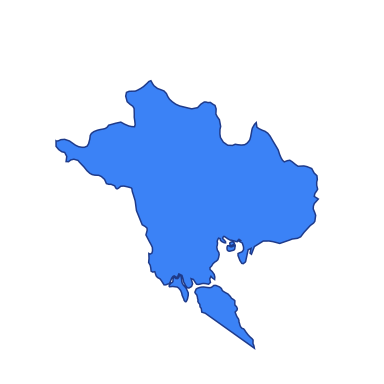 outline of Kalabakan, Sabah, Malaysia, rotated 35°
{"feature_id": "92858781B64999201183352", "entity_name": "Kalabakan", "entity_type": "district", "adm_level": 2, "iso_a3": "MYS", "parent_name": "Malaysia", "parent_adm1": "Sabah", "projection": "orthographic", "projection_center": [117.507, 4.476], "detail": "fine", "context": "isolated", "style": "filled", "palette": "blue", "viewbox_px": 384, "rotation_deg": 35, "n_neighbors": 0, "source": "geoboundaries", "source_scale": "gbopen_adm2", "svg_char_len": 5600}
<svg xmlns="http://www.w3.org/2000/svg" viewBox="0 0 384 384"><g transform="rotate(35 192 192)"><path d="M51.3,228.1L54.5,232.6L58.5,233.7L62.3,233.7L65.0,232.6L69.0,234.7L71.4,239.3L73.5,238.0L74.3,235.3L76.4,232.9L80.5,231.5L82.6,232.1L85.0,232.6L89.0,233.4L93.8,234.8L97.6,235.3L100.2,235.0L102.6,234.0L106.1,231.8L108.8,231.3L113.1,231.8L117.1,234.2L119.5,233.4L121.3,232.1L125.1,231.3L127.2,232.4L128.3,232.6L129.1,232.1L129.6,231.0L130.4,228.1L132.8,226.2L136.6,224.6L139.5,223.6L140.6,223.6L143.0,226.0L145.4,227.8L150.5,231.8L157.2,239.1L170.0,247.4L173.5,247.1L175.9,247.4L177.2,249.0L177.9,250.9L178.9,253.6L185.4,257.0L188.7,258.6L191.3,260.1L193.5,263.0L194.2,265.1L193.3,266.9L191.9,267.1L193.1,268.7L194.9,271.1L196.9,274.6L199.8,276.0L202.0,278.1L203.9,280.3L205.8,280.1L207.2,278.6L210.8,281.3L212.8,281.8L215.6,281.5L217.8,282.2L222.4,284.1L223.9,283.0L224.6,281.7L225.8,280.5L225.8,278.4L224.8,274.3L224.8,272.2L225.5,270.9L228.2,270.7L229.1,270.0L228.6,268.7L228.2,266.6L231.6,266.1L235.1,268.8L236.6,270.4L238.7,271.4L240.5,272.4L243.1,273.1L244.6,272.4L245.8,269.7L245.2,266.9L241.0,263.5L243.3,262.8L245.8,263.9L248.6,264.9L250.1,264.2L251.5,262.8L252.7,261.3L253.9,260.3L255.8,259.2L258.5,258.0L259.0,255.5L256.4,253.1L255.9,250.2L257.8,250.7L260.7,250.7L259.5,248.6L257.5,246.8L254.2,245.6L251.3,245.2L250.1,243.7L250.5,241.5L250.3,238.9L250.8,236.5L251.6,234.6L252.0,232.6L251.3,230.2L250.1,227.6L248.7,226.2L246.0,225.0L243.8,222.8L243.1,220.8L242.1,219.0L241.2,218.4L240.5,216.8L240.2,214.6L241.7,214.1L243.1,215.3L245.0,215.5L247.5,215.1L248.7,214.4L247.9,213.4L245.8,212.9L243.8,212.5L243.3,211.4L243.6,210.0L245.1,209.8L247.0,209.8L248.2,209.8L251.0,209.5L251.6,209.0L257.5,206.9L257.3,205.7L257.6,203.8L259.5,203.8L258.5,205.4L261.4,205.0L262.6,205.0L263.8,206.0L264.8,206.7L265.8,207.6L267.2,209.5L267.4,210.8L267.2,212.5L265.8,214.6L265.0,216.0L266.2,217.7L267.7,218.7L270.5,220.6L273.7,221.9L275.1,221.3L275.8,219.0L275.8,218.2L271.1,207.1L272.7,204.3L274.6,208.8L276.4,208.9L274.4,200.9L278.5,191.3L283.3,187.9L286.9,186.2L289.6,185.2L293.4,183.8L299.2,175.8L301.1,173.0L305.0,169.4L306.7,166.4L306.9,160.9L308.1,151.6L309.3,148.0L309.4,147.5L309.4,145.5L306.7,140.2L304.1,138.3L301.0,136.3L299.5,133.9L298.8,131.3L299.5,125.3L294.7,125.5L293.5,122.8L293.5,119.5L293.3,117.6L290.4,115.1L288.4,112.3L287.5,109.9L285.0,107.0L281.2,106.4L278.8,105.2L276.6,104.1L271.5,105.3L268.7,106.5L264.1,110.1L260.9,110.1L256.6,109.8L253.9,109.9L252.1,111.7L250.3,114.4L247.9,114.1L245.3,112.9L242.4,111.1L238.6,108.2L236.1,107.0L229.6,104.1L226.8,102.8L223.8,101.4L220.3,100.4L216.9,100.4L214.2,101.1L210.6,101.7L208.0,101.7L204.8,98.3L204.4,100.7L204.8,105.0L205.5,106.9L207.0,110.1L208.4,113.2L209.4,116.1L209.4,118.2L209.1,120.6L208.0,123.1L205.6,125.2L202.6,126.9L200.0,128.1L198.5,130.6L194.5,133.2L189.1,133.2L184.1,131.1L181.5,128.4L179.0,124.7L177.9,121.9L173.0,117.1L169.4,115.8L166.8,114.4L165.5,112.3L164.1,110.1L161.2,107.9L159.0,108.1L155.6,108.1L153.8,109.6L151.8,110.3L150.4,111.3L148.9,114.9L148.2,119.7L144.1,124.0L141.0,125.3L132.5,128.6L128.4,129.4L123.9,129.4L120.3,128.9L117.4,127.7L114.5,126.0L111.1,125.3L107.3,126.2L104.4,127.0L100.0,126.8L97.8,126.0L94.5,124.4L93.3,126.2L92.8,129.1L91.8,133.5L90.6,136.6L89.0,139.8L87.7,141.9L82.7,145.6L81.2,148.0L82.7,151.5L87.1,155.2L90.9,155.7L94.3,155.7L96.7,156.8L100.1,161.4L101.8,163.9L104.7,167.0L106.8,169.4L107.5,171.5L105.1,173.0L102.3,174.2L97.9,175.1L93.6,175.6L90.0,179.5L85.4,185.1L85.4,187.4L84.6,189.6L83.2,191.3L80.6,193.9L78.9,195.9L77.0,198.8L76.0,201.7L76.2,204.0L77.9,207.2L79.6,211.8L79.8,214.6L78.2,217.1L76.2,218.5L73.2,219.9L69.7,220.5L64.5,220.5L62.3,220.5L57.5,221.9L54.6,224.3L53.2,226.7L51.7,228.1L51.3,228.1ZM273.2,255.3L272.8,255.0L272.1,254.5L271.0,254.1L269.9,254.0L268.8,254.0L265.2,254.8L263.5,256.0L262.6,259.0L261.3,260.3L259.9,261.1L258.0,262.1L256.1,263.1L254.5,264.3L253.2,265.6L251.7,267.7L251.1,269.1L251.8,272.4L253.0,273.1L255.0,273.6L256.6,274.9L257.7,276.1L258.8,276.9L259.5,278.2L260.8,279.0L262.8,279.5L264.5,281.5L265.5,281.8L266.4,282.1L268.9,284.8L272.4,283.7L332.7,284.2L330.7,282.3L328.9,281.2L327.9,279.7L326.9,278.2L325.2,277.7L322.4,277.4L319.6,276.8L315.9,275.6L314.3,274.9L312.8,274.5L311.1,275.0L309.3,274.6L307.9,273.8L306.4,272.5L304.9,271.4L304.1,270.3L302.8,269.3L300.9,268.6L299.7,268.0L297.1,266.3L296.2,265.6L296.4,264.4L296.6,262.7L295.9,261.4L294.0,260.3L292.4,260.2L291.3,259.2L289.5,256.5L288.5,256.3L287.1,256.3L285.5,256.4L284.4,256.1L283.4,255.6L280.0,254.9L276.8,255.3L275.1,255.4L274.1,255.4L273.2,255.3ZM234.9,271.2L234.0,270.1L233.0,269.0L231.6,267.6L230.6,267.0L229.6,267.6L230.0,268.8L230.1,270.0L229.9,271.2L228.3,272.2L227.3,271.9L226.6,272.0L226.1,272.6L226.3,274.0L227.1,275.3L227.7,276.1L227.8,277.2L227.2,278.4L227.0,279.5L226.9,280.9L227.2,282.2L228.0,282.5L230.3,280.5L232.4,279.4L234.3,278.4L236.0,278.3L237.8,278.8L239.2,279.2L241.5,280.7L243.1,282.2L245.0,283.4L246.7,284.4L247.7,285.3L249.5,285.7L250.1,285.1L249.9,283.5L249.6,282.1L248.9,280.5L248.2,278.8L246.8,276.8L245.3,275.9L243.4,274.8L242.1,274.1L240.6,273.7L238.3,273.2L236.3,272.3L234.9,271.2ZM259.8,214.7L259.4,213.6L259.0,212.9L258.3,211.3L257.8,210.8L257.1,212.2L256.7,213.0L256.2,213.9L255.5,214.6L254.6,214.8L253.7,214.9L252.9,214.8L252.0,215.6L252.3,217.0L253.3,218.5L254.2,219.3L255.4,219.5L256.4,219.2L257.4,218.3L258.0,217.5L258.9,216.5L259.5,215.7L259.8,214.7ZM255.1,213.1L255.6,212.2L256.4,210.5L256.1,209.5L253.7,209.4L252.6,210.8L252.2,211.7L252.4,212.5L253.4,213.3L253.9,214.0L255.1,213.1Z" fill="#3b82f6" stroke="#1e3a8a" stroke-width="1.5"/></g></svg>